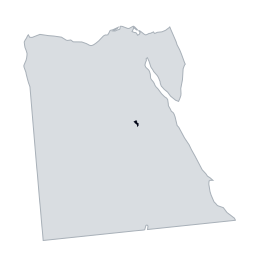 Al- Badari, Asyut, Egypt shown in context, rotated 354°
{"feature_id": "37247803B32615858974663", "entity_name": "Al- Badari", "entity_type": "district", "adm_level": 2, "iso_a3": "EGY", "parent_name": "Egypt", "parent_adm1": "Asyut", "projection": "equal_earth", "projection_center": [31.445, 26.947], "detail": "fine", "context": "in_parent", "style": "filled", "palette": "ink", "viewbox_px": 256, "rotation_deg": 354, "n_neighbors": 0, "source": "geoboundaries", "source_scale": "gbopen_adm2", "svg_char_len": 3709}
<svg xmlns="http://www.w3.org/2000/svg" viewBox="0 0 256 256"><g transform="rotate(354 128 128)"><path d="M225.1,231.0L219.8,231.0L214.5,231.0L209.1,231.0L203.8,231.0L198.5,231.0L193.1,231.0L187.8,231.0L182.5,231.0L177.2,231.0L171.8,231.0L166.5,231.0L161.2,231.0L155.8,231.0L150.5,231.0L145.2,231.0L139.8,231.0L136.8,231.0L137.3,229.1L137.6,227.7L137.3,226.8L136.2,226.5L135.6,226.8L134.0,230.9L133.1,231.1L131.2,231.1L125.0,231.0L118.8,231.0L112.6,231.0L106.4,231.0L100.2,231.0L94.0,231.0L87.8,231.0L81.6,231.0L75.4,231.0L69.1,231.0L62.9,231.0L56.7,231.0L50.5,231.0L44.3,231.0L38.1,231.0L31.9,231.0L32.0,226.1L32.1,221.2L32.1,216.4L32.2,211.5L32.3,206.6L32.4,201.7L32.5,196.9L32.5,192.0L32.6,187.1L32.7,182.3L32.8,177.4L32.9,172.6L33.0,167.8L33.1,162.9L33.1,158.1L33.2,153.3L33.3,148.5L33.4,143.6L33.5,138.8L33.6,134.0L33.7,129.2L33.8,124.4L33.9,119.6L34.0,114.9L34.1,110.1L34.2,105.3L34.3,100.5L34.4,95.8L34.5,91.0L34.6,86.3L34.7,81.5L34.8,76.8L34.6,75.9L33.8,72.7L33.1,68.6L32.4,63.6L32.3,61.9L31.0,56.8L30.9,55.3L31.3,54.3L33.7,50.0L34.5,47.8L35.1,45.3L35.4,43.3L34.8,40.1L34.0,37.3L33.8,34.4L33.8,31.6L35.0,29.7L36.5,27.9L37.1,26.8L38.0,25.5L38.6,24.9L39.7,27.5L42.1,27.9L50.2,25.7L58.9,27.9L63.8,28.8L71.3,30.7L75.8,34.2L77.0,34.6L80.3,34.5L82.5,36.6L91.0,37.6L95.6,39.8L98.2,41.6L99.7,42.2L101.1,42.1L103.0,41.4L105.3,40.1L107.9,38.4L113.2,33.9L115.1,33.1L116.3,33.3L117.8,33.2L118.4,32.0L119.2,31.2L119.7,30.2L120.5,29.1L123.3,28.7L128.8,26.8L128.2,27.7L123.2,29.9L125.3,30.2L127.5,29.4L130.0,29.0L130.5,28.0L130.8,26.3L131.3,26.0L133.0,26.4L138.2,29.0L139.5,29.1L143.1,27.6L143.9,27.3L145.1,28.1L147.8,31.5L146.8,31.4L144.0,28.5L143.7,30.0L142.1,32.5L144.1,33.6L145.8,34.0L146.7,35.4L147.2,36.7L148.9,36.1L150.1,34.4L149.4,33.5L149.0,32.5L149.6,32.4L150.7,33.3L154.0,36.5L155.1,37.2L156.4,37.1L159.0,36.1L159.8,36.3L163.4,35.1L163.8,36.0L164.4,36.8L167.2,35.9L171.8,35.9L175.5,34.8L179.7,32.3L180.1,31.9L180.3,32.5L180.8,34.3L182.2,38.7L183.3,42.2L184.8,47.0L185.2,48.9L185.4,50.2L187.5,55.5L188.8,59.9L189.7,63.5L191.0,68.7L191.6,70.5L190.7,71.5L189.0,74.9L187.2,85.7L184.6,94.2L184.3,99.5L183.9,101.4L182.6,104.1L181.1,106.8L178.3,105.4L173.7,100.8L171.1,96.4L168.2,93.5L165.5,89.8L164.8,87.0L164.8,85.3L163.6,81.1L162.7,79.1L159.5,74.6L158.5,72.2L157.8,71.1L157.1,69.6L155.9,63.8L154.6,60.1L153.2,61.1L153.4,62.7L152.2,64.8L151.4,67.3L152.0,69.4L154.6,72.5L155.2,73.8L155.8,76.8L155.7,80.8L156.2,82.1L158.2,85.1L158.9,86.9L159.3,88.4L160.0,89.8L162.0,92.4L164.9,97.4L167.6,100.7L169.5,102.3L170.4,103.9L170.6,108.1L170.5,110.1L172.2,113.9L172.8,115.8L174.5,117.4L175.3,119.1L176.0,122.0L177.1,130.6L178.6,132.7L183.2,143.9L187.0,151.1L188.9,156.4L191.7,162.9L197.4,177.3L200.7,181.7L202.0,184.2L204.4,186.1L207.0,188.9L204.5,188.6L203.9,188.8L203.1,189.2L202.7,190.9L202.5,192.3L202.9,199.6L203.6,203.3L205.8,210.4L207.5,212.5L208.3,213.8L209.4,214.8L214.5,217.2L217.6,222.4L224.4,228.8L225.1,230.6L225.1,231.0Z" fill="#d9dde1" stroke="#a8b0b8" stroke-width="1"/><path d="M136.6,122.2L136.4,122.2L136.2,122.2L136.1,122.3L136.0,122.5L135.9,122.5L135.7,122.5L135.7,122.4L135.5,122.5L135.8,122.7L135.8,122.8L135.8,123.0L135.9,123.3L136.0,123.4L136.0,123.5L136.3,123.7L136.3,123.8L136.5,123.9L136.7,124.0L136.8,124.0L137.0,124.2L137.0,124.3L137.2,124.5L137.3,124.6L137.4,124.8L137.5,124.9L137.6,125.0L137.7,125.3L137.7,125.5L137.8,125.6L137.9,125.9L138.0,126.1L138.0,126.3L138.1,126.2L138.0,125.9L138.0,125.7L138.1,125.4L137.9,125.4L137.8,125.2L137.9,124.9L137.7,124.9L137.6,124.7L137.4,124.4L137.3,124.2L137.2,124.1L137.1,123.9L137.0,123.7L137.0,123.4L137.0,123.2L137.0,122.9L136.9,122.8L136.7,122.7L136.5,122.4L136.6,122.2L136.6,122.2Z" fill="#0f172a" stroke="#020617" stroke-width="1.5"/></g></svg>